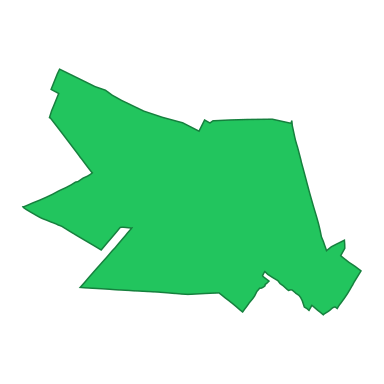 the district of Juan C. Bonilla, Puebla, Mexico
{"feature_id": "50627088B68027240212637", "entity_name": "Juan C. Bonilla", "entity_type": "district", "adm_level": 2, "iso_a3": "MEX", "parent_name": "Mexico", "parent_adm1": "Puebla", "projection": "robinson", "projection_center": [-98.346, 19.122], "detail": "fine", "context": "isolated", "style": "filled", "palette": "green", "viewbox_px": 384, "rotation_deg": 0, "n_neighbors": 0, "source": "geoboundaries", "source_scale": "gbopen_adm2", "svg_char_len": 3931}
<svg xmlns="http://www.w3.org/2000/svg" viewBox="0 0 384 384"><path d="M23.0,206.8L23.3,207.3L23.7,207.7L24.4,208.2L26.4,209.6L27.1,210.0L28.6,210.9L30.8,212.2L32.7,213.3L34.3,214.2L35.8,215.1L37.4,216.0L39.0,216.9L41.3,218.1L41.6,218.2L42.2,218.5L43.7,219.1L46.2,220.0L51.2,222.1L51.8,222.3L52.7,222.6L54.0,223.1L54.4,223.3L55.6,223.7L56.4,224.1L56.7,224.2L57.0,224.3L57.5,224.7L58.0,224.9L58.5,225.1L59.3,225.4L59.8,225.5L60.9,226.0L61.6,226.2L69.6,231.2L77.4,235.9L85.2,240.5L93.4,245.3L101.2,250.0L105.3,245.1L106.9,243.2L107.9,242.0L111.1,238.3L115.5,233.1L117.2,231.1L119.7,228.0L120.1,227.5L121.2,227.3L122.6,227.2L124.0,227.3L125.2,227.4L129.8,227.9L131.3,228.1L131.7,228.0L131.4,228.5L128.8,231.5L127.3,233.2L125.0,236.1L123.5,237.8L121.7,239.9L118.4,243.8L117.0,245.5L115.2,247.7L114.6,248.3L112.4,250.6L111.2,252.0L110.1,253.3L108.5,255.2L106.0,258.1L102.9,261.5L97.4,267.7L93.5,272.1L90.0,276.1L87.6,278.9L84.2,282.9L82.4,284.9L80.2,287.4L84.9,287.8L88.6,288.0L91.6,288.2L95.5,288.4L99.0,288.6L102.5,288.8L105.7,289.0L109.1,289.2L112.5,289.5L115.1,289.7L118.5,289.9L121.1,290.0L122.8,290.1L124.5,290.2L126.3,290.3L128.6,290.4L131.1,290.6L133.6,290.8L136.7,290.9L139.1,291.0L141.8,291.2L144.1,291.3L147.4,291.5L150.1,291.6L152.7,291.8L155.8,291.9L156.7,292.0L156.8,292.0L157.2,292.0L159.0,292.1L160.8,292.3L167.5,292.8L173.9,293.4L176.1,293.5L178.2,293.7L179.8,293.8L181.2,294.0L186.4,294.3L187.7,294.4L192.0,294.2L204.8,293.5L213.3,293.1L213.8,293.1L219.0,292.9L219.9,293.6L221.8,295.1L224.7,297.5L224.8,297.6L229.2,300.9L231.4,302.7L231.6,302.8L233.3,304.2L236.3,306.7L237.9,308.1L240.2,310.1L240.5,310.3L242.6,312.0L242.7,311.9L244.6,309.2L246.0,307.4L246.9,306.2L247.8,304.9L248.4,304.1L249.1,303.0L252.7,298.7L254.6,296.0L255.0,295.2L256.9,291.4L258.6,289.5L259.1,288.9L259.6,288.2L260.1,288.2L260.7,288.2L261.1,288.2L262.5,287.6L264.2,286.5L265.0,285.8L265.2,284.4L266.6,283.5L267.2,282.9L269.0,281.1L263.4,276.8L262.9,276.3L262.8,276.1L262.7,275.9L262.6,275.6L263.7,273.4L264.6,271.8L264.7,271.6L264.8,271.5L267.8,274.4L272.1,277.2L277.6,280.5L277.8,280.6L280.1,283.6L283.2,285.8L286.9,289.2L288.6,290.5L289.6,290.1L291.0,289.8L292.2,290.1L295.3,292.7L295.7,293.2L299.0,295.4L300.6,297.5L302.2,300.6L304.3,307.0L307.1,308.7L309.0,310.4L309.2,310.1L309.7,309.1L310.9,307.1L311.0,306.9L311.4,306.1L311.7,305.4L311.8,305.3L313.9,307.0L317.7,310.3L320.2,312.2L320.9,312.8L323.3,314.8L324.1,314.0L327.5,311.9L328.6,311.2L329.6,310.4L330.3,309.9L330.9,309.3L332.5,307.9L332.8,307.7L333.0,307.6L333.9,307.3L334.7,307.0L334.9,307.0L335.4,307.1L337.2,308.5L338.5,306.3L339.5,304.8L341.0,302.9L342.5,300.8L344.2,298.5L346.5,295.1L347.5,293.6L349.9,289.6L351.2,287.3L351.9,286.1L352.7,284.9L353.2,283.8L354.1,282.1L354.3,281.8L361.0,270.9L355.5,266.7L348.9,262.3L343.7,258.2L340.7,255.7L344.8,248.3L344.7,244.2L344.4,240.2L344.0,240.4L339.0,242.9L336.9,243.9L331.3,246.8L326.5,250.7L325.8,248.5L324.5,244.9L323.4,241.6L321.4,236.8L320.3,231.3L319.4,227.4L318.5,223.7L317.0,218.3L316.3,215.9L313.8,207.6L313.1,205.2L309.8,193.6L306.6,181.7L306.4,180.8L303.7,170.8L303.5,170.0L301.2,161.6L301.0,160.4L299.3,153.9L298.5,150.8L297.4,146.7L296.8,144.9L295.4,140.0L294.6,136.5L292.3,125.7L291.8,120.6L291.0,123.3L272.3,119.2L247.0,119.5L229.8,120.0L213.0,120.8L209.9,123.0L204.6,120.0L199.0,131.2L185.0,124.0L182.7,122.8L179.7,122.0L162.3,117.3L143.7,111.1L130.9,104.9L121.5,100.4L112.2,95.2L105.4,90.2L95.0,86.6L61.7,70.2L59.6,69.2L57.4,73.7L51.1,89.4L58.7,93.5L53.5,106.3L51.6,110.8L49.3,118.2L50.0,117.5L60.8,131.5L70.0,143.6L78.7,155.1L80.5,157.7L80.9,158.1L81.8,159.2L82.2,159.7L83.5,161.5L86.2,165.1L87.7,167.1L90.8,171.1L91.9,172.4L92.0,172.5L92.3,172.8L90.4,174.4L87.4,176.2L83.1,178.1L79.4,180.6L78.1,181.6L75.5,182.1L71.1,184.9L65.5,187.8L60.9,189.9L58.2,191.2L54.9,193.0L52.5,194.3L45.0,197.8L39.8,200.1L33.5,202.6L32.3,203.1L27.8,205.1L24.0,206.7L23.0,206.8Z" fill="#22c55e" stroke="#15803d" stroke-width="1.5"/></svg>